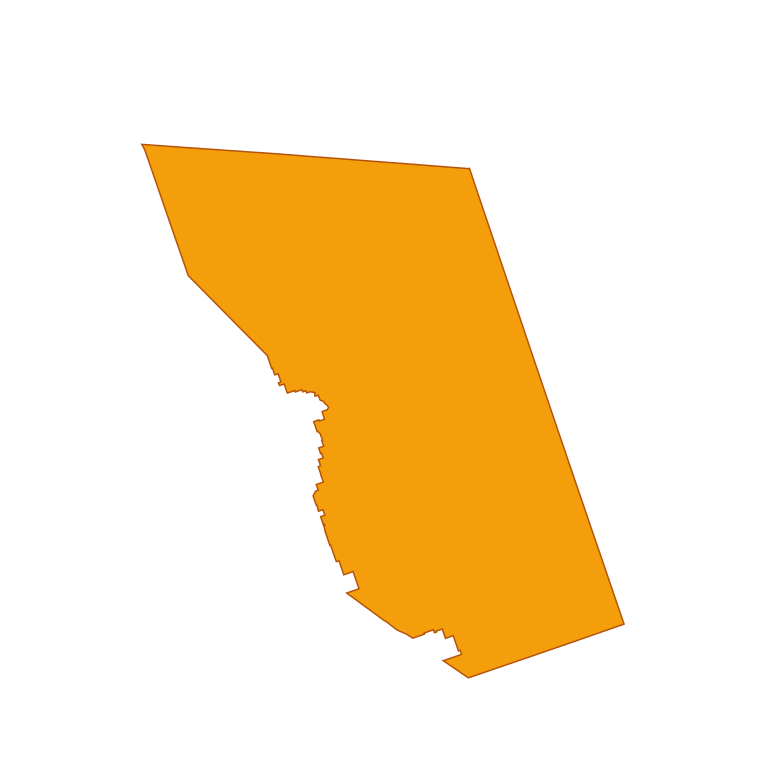 Yilgarn, Western Australia, Australia (Robinson projection), rotated 341°
{"feature_id": "25037944B56581938984526", "entity_name": "Yilgarn", "entity_type": "district", "adm_level": 2, "iso_a3": "AUS", "parent_name": "Australia", "parent_adm1": "Western Australia", "projection": "robinson", "projection_center": [119.083, -30.908], "detail": "fine", "context": "isolated", "style": "filled", "palette": "amber", "viewbox_px": 768, "rotation_deg": 341, "n_neighbors": 0, "source": "geoboundaries", "source_scale": "gbopen_adm2", "svg_char_len": 3908}
<svg xmlns="http://www.w3.org/2000/svg" viewBox="0 0 768 768"><g transform="rotate(341 384 384)"><path d="M535.0,207.9L534.1,207.9L533.4,207.6L532.7,207.3L529.0,205.7L507.8,196.5L440.1,167.2L435.4,165.2L417.5,157.4L416.4,156.9L414.0,155.9L392.4,146.6L379.3,140.9L368.1,136.0L348.6,127.6L345.7,126.4L342.9,125.2L337.1,122.8L334.3,121.6L332.3,120.8L326.6,118.3L323.7,117.1L320.9,115.9L315.1,113.5L310.4,111.5L306.5,109.9L305.6,109.4L304.6,109.0L302.7,108.2L300.8,107.4L298.9,106.6L295.1,105.0L291.3,103.4L289.3,102.6L288.4,102.2L287.4,101.8L282.7,99.7L281.7,99.3L280.7,98.9L276.9,97.3L273.1,95.7L270.2,94.5L266.4,92.8L261.7,90.8L257.8,89.2L255.0,88.0L252.1,86.7L248.3,85.1L244.5,83.5L242.6,82.7L238.8,81.0L234.9,79.4L233.0,78.6L233.2,79.4L234.0,84.3L234.1,104.9L234.1,114.1L234.1,130.6L234.1,146.0L234.1,156.2L234.1,166.5L234.1,176.8L234.2,204.1L234.2,217.8L263.9,279.7L270.9,294.2L282.9,319.1L282.9,331.1L282.9,332.8L283.7,332.8L283.7,339.8L287.2,339.8L287.2,342.6L287.2,348.5L284.5,348.5L284.4,348.6L284.9,351.5L289.6,351.5L289.6,354.8L289.6,357.3L289.6,361.1L297.6,361.2L297.6,362.7L298.6,362.7L304.5,362.6L304.5,364.9L308.0,364.9L308.0,367.3L311.6,367.3L316.0,369.6L314.9,371.8L314.9,373.2L318.2,373.2L318.2,374.9L318.5,378.6L321.3,380.9L321.5,382.8L323.2,385.5L323.3,385.6L324.0,388.2L321.7,390.0L318.6,389.7L316.5,390.1L316.2,396.5L316.2,398.0L315.2,398.0L310.8,398.0L310.8,396.7L305.3,396.7L305.3,407.3L306.1,407.2L307.5,410.5L307.5,413.1L307.5,417.4L306.7,417.4L306.7,419.5L306.7,423.2L304.5,423.2L301.4,423.2L301.4,429.3L302.4,429.3L302.4,434.1L297.4,434.1L297.4,440.7L294.9,440.7L294.9,448.1L294.7,448.4L294.7,450.5L294.7,457.0L288.6,457.0L287.2,457.0L287.2,461.3L287.2,463.0L284.6,463.0L283.9,463.6L281.9,465.4L281.2,466.1L280.5,466.7L280.5,468.7L280.5,470.7L280.5,471.9L280.5,476.3L281.0,476.3L281.0,480.8L280.7,480.8L280.7,483.0L285.3,483.0L285.3,486.5L285.4,488.8L280.9,488.8L280.8,497.3L281.2,497.1L281.1,497.3L281.1,497.5L281.3,497.6L281.5,497.6L281.8,497.6L281.9,498.0L281.9,498.5L280.9,498.6L280.8,501.4L280.3,504.9L280.5,504.9L280.3,506.3L280.3,519.1L281.0,519.1L281.1,536.5L282.0,536.5L283.2,536.5L283.9,536.5L283.9,537.5L283.9,551.3L287.4,551.3L293.7,551.3L293.7,560.6L293.7,565.2L293.7,569.5L292.0,569.5L287.3,569.5L280.7,569.5L282.5,572.2L282.7,572.4L283.3,573.3L285.6,576.6L286.6,578.1L287.2,578.8L288.7,581.0L290.8,584.1L293.2,587.6L296.2,591.9L297.4,593.6L298.0,594.5L299.2,596.2L301.7,599.8L301.9,600.2L302.3,600.7L303.4,602.3L305.1,604.8L305.7,605.7L306.1,606.1L306.3,606.6L306.9,607.4L307.5,608.0L308.0,608.6L309.2,610.0L311.0,612.8L312.6,615.3L313.7,616.9L314.7,618.6L315.2,619.3L316.8,621.3L317.2,621.7L319.3,623.7L322.8,626.9L324.2,628.2L327.8,632.9L328.4,633.6L328.5,633.7L340.8,633.7L340.8,632.5L347.6,632.5L348.6,632.5L350.7,632.5L350.7,634.3L350.7,635.6L353.0,635.6L353.0,634.6L356.2,634.6L359.3,634.6L359.3,638.0L359.3,640.9L359.3,641.4L359.3,641.5L359.3,644.5L361.6,644.5L362.6,644.5L367.5,644.5L367.5,660.6L369.3,660.6L369.3,664.6L369.3,664.9L364.4,664.9L360.1,664.9L354.7,664.9L349.9,664.9L359.2,677.3L360.7,679.3L362.7,682.1L365.8,686.2L368.1,689.2L368.2,689.3L382.9,689.3L431.3,689.4L447.0,689.4L454.3,689.4L456.3,689.4L471.5,689.4L472.4,689.4L478.9,689.4L481.0,689.4L532.8,689.2L532.9,650.2L533.0,609.9L533.0,607.0L533.0,601.9L533.0,600.9L533.0,589.7L533.0,588.6L533.0,584.6L533.0,581.4L533.0,580.4L533.1,568.8L533.1,567.7L533.1,557.2L533.1,556.2L533.1,544.6L533.1,543.6L533.2,532.0L533.2,531.0L533.2,519.4L533.2,516.3L533.2,515.2L533.2,513.1L533.2,512.0L533.3,509.9L533.3,508.9L533.3,506.8L533.3,505.7L533.3,503.6L533.3,502.6L533.3,494.2L533.3,493.1L533.3,491.0L533.3,490.0L533.3,487.9L533.3,486.8L533.3,484.7L533.4,480.5L533.4,478.4L533.4,477.4L533.4,474.2L533.4,472.1L533.4,469.0L533.4,468.5L533.5,457.1L533.8,397.4L534.0,374.7L534.1,345.0L534.3,313.2L534.5,281.3L534.6,264.3L534.8,230.9L535.0,207.9Z" fill="#f59e0b" stroke="#b45309" stroke-width="1.5"/></g></svg>